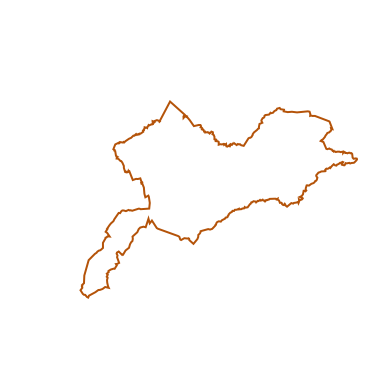 Tocumbo, Michoacán, Mexico, rotated 228°
{"feature_id": "50627088B68664204293005", "entity_name": "Tocumbo", "entity_type": "district", "adm_level": 2, "iso_a3": "MEX", "parent_name": "Mexico", "parent_adm1": "Michoacán", "projection": "equal_earth", "projection_center": [-102.6, 19.678], "detail": "fine", "context": "isolated", "style": "outline", "palette": "amber", "viewbox_px": 384, "rotation_deg": 228, "n_neighbors": 0, "source": "geoboundaries", "source_scale": "gbopen_adm2", "svg_char_len": 6106}
<svg xmlns="http://www.w3.org/2000/svg" viewBox="0 0 384 384"><g transform="rotate(228 192 192)"><path d="M196.7,309.0L197.0,307.1L196.7,305.3L198.0,302.8L198.3,302.9L198.0,301.0L200.1,298.0L200.1,296.8L199.4,296.2L199.2,294.9L199.6,294.0L199.0,292.0L198.5,291.2L196.4,290.6L197.4,287.7L195.6,285.3L194.5,284.3L194.8,283.4L194.6,281.9L194.8,277.8L194.3,275.7L193.8,275.3L193.1,272.9L193.3,271.6L193.9,270.9L194.1,269.9L191.7,261.3L193.9,259.8L195.5,259.6L195.8,258.8L197.0,258.2L197.0,256.6L199.9,256.0L199.7,255.7L200.8,254.6L200.3,253.2L200.7,252.8L201.8,252.7L201.9,251.6L200.9,251.3L200.6,250.7L201.9,249.9L202.1,248.6L202.9,248.1L204.8,249.4L204.8,248.2L205.1,248.0L205.6,248.5L206.1,248.1L205.9,247.4L206.6,247.6L207.3,246.1L208.6,245.0L209.3,243.5L211.2,245.3L212.4,245.1L213.8,243.8L214.3,244.9L215.1,244.9L215.6,244.0L216.1,243.9L218.1,245.7L219.9,246.3L221.2,245.9L221.6,246.9L222.5,247.5L223.9,246.8L223.6,245.1L223.7,244.2L224.6,244.4L225.1,243.8L225.9,243.8L227.4,241.6L228.2,242.1L228.8,241.4L230.3,242.1L231.8,241.3L232.1,242.2L233.0,242.3L234.3,241.6L234.9,242.8L236.1,243.1L237.2,242.0L239.7,237.5L247.0,238.4L250.4,238.5L251.7,238.0L251.8,238.8L253.0,238.3L252.7,235.3L253.9,236.3L254.4,238.3L273.9,236.2L266.5,216.0L266.0,215.7L266.0,214.8L267.0,215.1L268.9,214.0L270.3,210.4L271.0,210.1L270.4,209.6L269.0,210.5L269.0,208.7L268.6,208.4L269.0,207.4L269.4,207.3L270.1,204.8L270.8,204.6L270.1,202.7L270.2,202.2L269.6,201.5L270.2,201.3L270.9,200.2L271.2,200.5L271.8,200.1L270.9,199.1L270.8,198.2L270.1,197.6L270.5,197.0L270.4,196.5L269.4,196.0L269.8,192.7L270.4,192.3L270.9,191.0L270.4,190.9L271.1,189.7L272.1,189.4L271.8,188.4L272.2,187.8L272.5,188.1L272.5,186.6L273.1,186.2L273.0,183.0L273.7,180.9L274.3,176.5L274.2,174.8L275.0,174.6L274.9,173.8L277.3,171.9L276.9,171.2L277.0,170.3L277.7,170.4L278.7,166.8L276.4,162.2L275.1,162.6L274.7,162.0L273.8,162.3L269.7,159.7L268.1,160.1L268.3,159.5L267.3,158.4L266.8,159.0L265.4,159.5L262.8,159.6L262.3,160.1L260.5,159.9L257.0,158.8L255.5,157.5L251.6,155.7L251.1,156.0L251.3,156.6L250.1,156.8L249.9,157.9L250.2,158.6L249.5,158.3L249.3,159.3L240.5,156.0L239.2,159.2L237.9,160.4L236.7,162.7L234.0,161.5L232.8,161.5L233.0,160.5L231.9,160.0L231.5,160.7L227.5,159.2L222.6,155.5L219.3,153.8L218.5,157.1L217.3,156.7L212.1,153.3L208.3,149.1L213.6,142.3L214.6,141.9L215.3,141.2L218.1,135.0L219.5,134.2L219.8,133.5L221.1,132.9L222.0,130.1L224.1,128.8L224.9,127.9L225.0,126.6L224.4,124.4L225.5,123.5L223.7,116.0L222.9,114.1L222.9,110.6L222.5,108.3L221.5,104.3L221.1,104.4L220.2,101.2L218.3,101.6L214.0,101.0L215.5,99.6L215.6,98.8L215.4,98.4L215.9,97.2L215.5,96.9L213.8,91.8L210.0,88.4L210.0,85.6L210.2,84.5L210.7,83.8L211.0,81.8L210.7,80.4L211.0,78.4L210.5,69.6L202.0,56.1L196.5,50.7L196.4,47.9L195.6,47.7L195.3,46.8L194.2,46.4L193.6,43.4L189.3,42.7L188.0,42.9L187.0,43.8L184.3,43.7L183.0,44.2L183.9,46.1L182.2,53.1L181.8,56.9L180.9,58.0L179.8,60.6L179.5,63.9L176.5,66.0L178.1,66.5L181.3,68.3L183.5,70.0L184.7,71.9L186.0,71.9L186.1,72.6L187.0,73.4L186.9,74.0L188.3,74.1L188.2,76.4L189.1,76.8L189.2,77.1L188.7,79.8L187.4,82.6L186.7,83.1L187.8,87.0L189.3,87.3L188.6,88.3L188.1,90.4L193.7,92.7L194.7,94.2L196.6,94.7L197.2,95.7L196.8,97.7L192.0,98.0L192.0,98.9L191.6,99.0L193.0,103.5L192.7,107.9L194.6,110.9L195.4,113.2L195.4,114.8L196.7,116.6L199.2,118.4L198.7,118.3L198.7,124.4L200.1,127.6L200.2,129.8L198.7,132.7L196.8,134.0L201.3,141.8L197.0,139.6L197.6,143.1L188.8,141.7L187.7,142.0L168.6,152.2L167.2,152.6L164.6,151.5L163.6,151.8L162.8,155.4L160.4,157.5L160.0,158.4L159.2,158.6L158.0,157.8L152.5,158.4L153.4,164.5L154.4,166.5L155.9,168.0L155.9,169.9L156.3,171.2L157.1,172.2L153.6,179.2L152.0,180.3L151.1,182.3L151.4,186.6L151.8,187.1L151.6,187.9L152.5,189.1L152.8,190.6L152.3,192.3L150.7,193.6L151.0,195.2L150.1,198.8L150.5,199.8L149.7,201.1L149.7,201.9L150.2,202.5L150.2,203.4L150.8,204.2L151.0,206.7L150.5,208.1L150.9,209.5L149.8,210.5L150.1,211.9L148.9,213.4L148.2,215.5L147.8,215.1L146.1,217.4L146.1,218.3L145.0,219.7L145.5,221.1L144.6,221.2L143.4,223.1L144.2,227.0L144.0,227.5L144.6,229.3L144.1,229.7L144.0,231.5L142.3,232.9L141.4,232.7L141.4,234.9L140.7,235.4L140.6,237.3L139.5,237.4L139.0,239.4L137.9,239.3L137.2,240.1L136.3,239.8L136.0,240.1L136.4,241.7L135.4,242.8L135.4,243.6L134.9,244.1L134.9,245.1L131.3,249.4L130.8,249.8L130.0,249.7L129.7,251.2L129.1,250.5L127.5,251.0L125.1,250.1L124.4,251.1L123.8,251.3L122.6,250.8L121.2,251.1L120.9,251.4L121.2,253.0L120.2,252.9L119.8,252.4L117.5,252.8L117.3,258.4L115.7,259.4L115.7,260.4L114.3,262.5L113.7,264.2L112.5,263.7L113.3,265.4L115.0,266.6L113.8,266.9L113.4,267.4L112.9,268.9L113.1,270.0L113.5,270.1L116.2,268.8L115.6,270.9L116.0,272.9L118.2,275.8L117.7,276.4L116.6,276.7L116.6,277.6L116.7,278.0L117.6,278.0L118.7,279.1L120.2,281.6L120.0,282.0L118.5,283.2L118.2,286.2L117.3,288.3L117.3,289.7L117.7,291.0L117.3,291.7L117.6,293.0L118.8,294.8L120.4,294.9L121.3,295.5L121.8,299.0L121.3,299.9L120.7,301.9L118.3,304.9L118.3,305.4L119.3,305.8L119.5,307.0L119.4,307.6L118.8,307.9L118.2,309.0L118.0,310.9L117.3,310.9L117.7,313.2L117.8,315.9L116.0,316.2L115.0,317.0L115.3,318.1L114.7,319.6L114.6,321.6L114.0,322.3L113.7,324.0L113.0,324.3L112.8,323.6L113.2,322.2L112.1,321.6L110.0,322.9L109.8,323.3L110.6,325.5L109.8,326.0L108.4,328.4L107.4,328.6L106.8,330.0L105.7,331.4L105.3,332.2L105.5,335.3L105.8,336.4L106.5,336.8L107.4,336.2L108.6,334.3L110.1,334.4L113.1,336.5L114.2,336.5L114.8,335.6L115.6,335.5L116.2,334.9L116.8,333.3L117.5,333.1L118.4,332.0L119.1,332.3L120.1,331.8L119.9,330.5L120.9,331.4L122.2,329.1L123.5,328.4L124.7,327.0L125.5,325.6L126.6,325.3L127.1,324.4L127.9,324.8L128.4,324.0L130.0,324.3L131.6,323.3L132.4,323.2L133.3,321.2L134.2,320.7L141.2,323.1L143.8,321.8L143.9,323.1L143.5,324.3L144.0,327.7L144.6,329.0L144.8,330.6L145.3,332.1L144.5,333.8L144.7,334.8L144.4,335.4L144.9,337.2L146.2,337.9L145.0,338.5L152.3,341.3L152.8,341.2L166.2,334.3L168.0,332.3L169.1,331.7L169.5,330.8L170.8,332.1L173.0,333.1L174.4,332.1L180.9,323.3L184.8,319.9L187.3,316.6L190.6,314.1L191.6,315.4L194.3,313.2L195.8,313.4L197.0,311.0L196.4,309.4L196.7,309.0Z" fill="none" stroke="#b45309" stroke-width="2"/></g></svg>